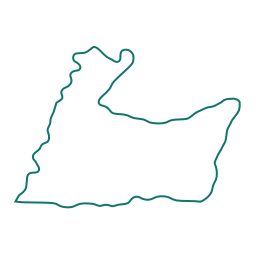 the district of Villa Bisonó, Santiago, Dominican Republic, rotated 91°
{"feature_id": "3306468B37188297910356", "entity_name": "Villa Bisonó", "entity_type": "district", "adm_level": 2, "iso_a3": "DOM", "parent_name": "Dominican Republic", "parent_adm1": "Santiago", "projection": "mercator", "projection_center": [-70.869, 19.575], "detail": "fine", "context": "isolated", "style": "outline", "palette": "teal", "viewbox_px": 256, "rotation_deg": 91, "n_neighbors": 0, "source": "geoboundaries", "source_scale": "gbopen_adm2", "svg_char_len": 3436}
<svg xmlns="http://www.w3.org/2000/svg" viewBox="0 0 256 256"><g transform="rotate(91 128 128)"><path d="M100.2,16.8L99.1,17.5L98.1,18.7L97.5,20.2L96.8,22.7L97.2,28.1L97.5,29.9L98.0,31.5L98.8,32.9L100.8,35.4L104.3,41.7L105.0,43.6L106.0,48.5L106.6,50.4L110.8,59.1L111.9,60.9L115.9,65.9L117.0,67.6L117.5,68.6L117.8,69.6L118.2,71.8L118.8,80.7L119.3,84.0L119.9,85.9L121.9,90.2L122.6,93.4L122.8,95.6L122.9,99.0L122.7,102.4L122.4,104.6L121.9,106.7L119.9,110.9L119.2,112.8L118.8,115.0L118.2,120.6L117.8,122.8L117.1,124.7L115.6,128.1L115.0,130.0L114.5,133.3L114.1,139.9L113.6,142.9L112.7,144.6L112.2,145.2L109.0,147.9L107.4,150.0L106.7,151.6L105.8,154.9L105.2,156.4L104.6,157.0L103.8,157.5L103.0,157.7L102.1,157.8L101.2,157.6L99.7,156.9L98.2,155.8L92.3,149.8L89.9,147.7L88.2,146.5L83.7,144.3L81.2,142.4L76.6,137.9L67.5,128.4L64.4,125.6L62.6,124.5L60.6,123.9L57.5,123.7L55.4,124.0L54.4,124.3L52.8,125.3L51.4,126.7L50.3,128.3L50.0,129.3L49.7,131.3L49.9,133.2L50.2,134.1L50.6,134.9L51.3,135.7L52.0,136.2L52.9,136.5L54.6,136.8L59.0,136.9L60.5,137.4L61.2,138.0L61.7,138.7L62.0,139.6L62.1,140.4L62.0,141.3L61.4,142.9L59.6,145.9L58.4,148.5L57.4,150.3L55.4,152.7L50.5,157.9L48.7,160.1L47.9,161.7L47.7,162.5L47.6,164.1L51.6,169.0L52.7,170.8L53.2,171.8L53.5,172.8L53.8,174.8L54.2,179.6L54.5,181.4L54.9,182.2L55.4,182.9L56.2,183.5L57.0,183.8L58.7,184.1L60.4,183.8L61.2,183.4L61.9,182.9L62.4,182.3L64.0,179.5L65.6,177.7L67.0,176.9L67.9,176.7L68.7,176.7L69.5,177.0L70.3,177.4L70.8,178.1L71.2,178.8L71.8,182.0L72.3,183.6L73.2,185.0L74.4,186.1L75.9,186.6L76.7,186.6L80.2,185.5L82.0,185.3L83.8,185.7L84.6,186.1L86.0,187.2L87.2,188.5L87.7,189.2L89.3,192.5L90.3,193.8L90.9,194.3L92.3,195.1L93.0,195.3L94.5,195.2L97.1,194.3L98.7,194.2L99.5,194.4L100.2,194.8L100.8,195.3L104.0,200.0L112.9,202.5L118.9,205.1L120.7,205.6L124.0,205.8L125.6,206.2L128.9,207.7L130.6,208.3L132.4,208.3L136.0,207.1L137.8,206.8L139.6,206.8L141.3,207.1L142.8,207.9L143.4,208.5L144.1,209.9L145.0,212.1L145.8,213.4L147.0,214.4L150.0,215.8L151.3,216.7L154.6,220.8L156.2,222.0L157.1,222.4L158.9,222.6L160.4,222.2L163.2,219.9L168.7,216.6L170.5,216.2L171.3,216.2L172.1,216.5L172.9,217.0L173.5,217.7L173.8,218.5L174.2,220.2L174.4,223.0L174.8,224.8L175.1,225.7L175.7,226.4L176.4,227.0L177.3,227.5L179.1,228.0L187.6,228.6L189.7,229.0L190.7,229.4L191.7,229.9L193.4,231.2L194.9,232.8L196.4,234.8L197.6,236.0L203.5,239.3L204.0,233.7L204.1,230.1L204.1,208.8L204.3,202.9L204.6,200.7L205.2,198.5L207.2,194.3L207.8,192.4L208.2,190.2L208.4,186.8L208.1,183.4L207.5,181.3L205.5,177.0L204.8,175.1L204.4,173.0L204.1,169.6L204.2,165.1L204.5,161.8L205.0,159.7L206.1,156.5L206.4,155.0L206.2,153.4L205.3,150.3L205.2,148.5L205.3,146.8L206.4,142.9L206.4,141.3L204.9,136.2L204.0,129.8L203.5,127.8L202.6,126.1L202.0,125.5L199.4,123.6L197.7,121.7L196.9,120.1L196.5,118.2L196.6,117.3L197.0,115.5L198.5,112.3L199.0,110.6L199.3,108.6L199.4,106.6L198.8,103.6L196.9,99.4L196.2,97.5L195.7,94.1L195.7,90.7L196.0,88.5L196.5,86.3L198.8,81.2L199.6,78.0L199.9,73.3L200.0,60.2L200.4,54.4L199.7,52.7L198.7,50.9L196.7,48.3L195.2,46.7L193.6,45.3L191.9,44.1L190.9,43.6L189.0,43.0L184.1,41.9L182.3,41.2L178.1,39.2L175.1,38.5L172.0,38.4L168.9,38.6L166.0,39.2L162.1,40.6L161.3,40.7L159.7,40.4L153.1,37.5L148.2,34.7L144.6,33.0L141.3,31.2L139.5,30.4L136.6,29.8L129.4,29.0L127.4,28.5L126.5,28.1L122.4,25.9L119.7,24.7L118.0,23.8L112.0,19.4L109.1,17.7L107.3,17.1L104.4,16.7L100.2,16.8Z" fill="none" stroke="#0f766e" stroke-width="2"/></g></svg>